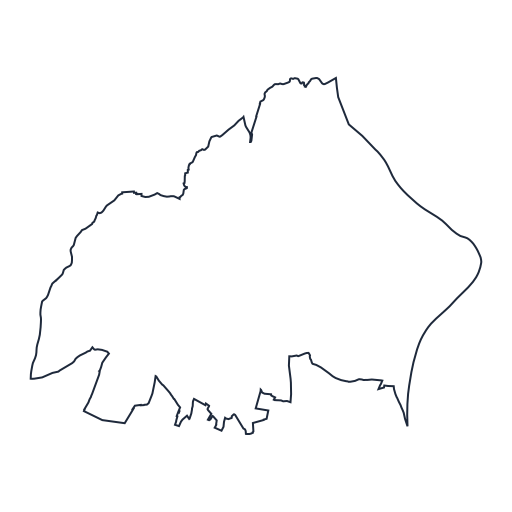 Soledad, Atlántico, Colombia (Equal Earth projection)
{"feature_id": "7082276B16795204487945", "entity_name": "Soledad", "entity_type": "district", "adm_level": 2, "iso_a3": "COL", "parent_name": "Colombia", "parent_adm1": "Atlántico", "projection": "equal_earth", "projection_center": [-74.779, 10.91], "detail": "fine", "context": "isolated", "style": "outline", "palette": "slate", "viewbox_px": 512, "rotation_deg": 0, "n_neighbors": 0, "source": "geoboundaries", "source_scale": "gbopen_adm2", "svg_char_len": 5956}
<svg xmlns="http://www.w3.org/2000/svg" viewBox="0 0 512 512"><path d="M77.1,235.9L75.7,237.8L75.5,238.5L73.8,245.0L73.1,246.1L71.6,247.6L70.7,249.5L70.6,250.4L70.7,251.6L72.0,256.8L72.0,260.2L71.8,262.7L71.2,264.2L70.6,265.3L69.4,266.1L66.3,267.6L64.9,268.8L63.8,269.9L62.9,273.0L62.5,274.0L61.8,274.9L56.8,279.8L56.8,279.6L52.4,283.5L52.0,284.2L51.4,285.8L50.5,287.5L48.0,295.0L47.0,296.9L46.1,298.2L42.7,300.8L42.1,301.6L41.1,306.6L40.6,309.6L40.4,312.6L40.4,314.7L40.9,317.7L41.0,319.5L40.9,322.5L40.6,327.4L39.8,334.8L38.9,339.0L37.3,344.5L36.7,347.5L36.5,350.2L36.4,352.4L36.0,355.2L35.0,358.3L32.9,363.0L32.3,365.5L31.3,371.0L30.9,374.1L30.7,378.7L31.9,378.8L34.2,378.7L42.2,377.4L52.5,372.9L58.4,371.6L59.7,370.5L72.2,363.1L74.1,361.4L75.6,358.8L77.5,357.1L80.0,355.4L85.8,352.6L87.4,351.5L90.0,350.7L92.4,347.3L94.0,349.2L94.6,349.6L95.2,349.7L97.7,349.3L102.0,349.9L107.3,351.7L108.9,353.6L106.0,357.3L102.3,362.7L101.1,367.1L99.9,370.3L99.3,371.0L99.7,371.2L99.7,371.5L99.1,374.8L92.1,393.9L91.2,395.9L91.0,396.8L89.6,399.3L88.4,402.5L84.6,408.9L84.8,408.9L83.9,411.1L102.3,420.1L124.7,423.2L131.5,412.0L133.4,408.8L132.8,408.8L134.9,405.7L140.7,404.9L140.7,405.3L144.0,405.1L144.3,404.8L146.9,404.6L148.6,403.2L151.4,396.2L152.4,393.5L154.7,382.3L155.6,376.1L156.3,376.5L158.8,380.6L162.2,384.6L163.3,385.3L168.8,391.6L170.5,393.7L170.6,394.2L172.3,396.4L173.8,398.9L174.3,399.0L177.9,404.8L180.1,407.4L178.8,410.6L179.5,411.1L178.9,412.6L178.2,412.1L176.7,416.1L177.4,416.4L176.3,420.3L176.1,421.7L175.0,424.8L179.0,426.1L181.0,421.6L182.5,419.6L187.0,415.7L189.2,419.0L189.5,418.8L191.3,413.5L192.0,409.5L192.0,408.6L192.7,406.1L192.9,402.0L193.2,400.8L194.0,398.9L205.4,405.2L205.9,403.5L209.1,405.8L209.0,406.3L207.7,408.5L207.6,409.4L208.2,410.3L211.3,413.8L207.9,419.7L209.1,420.2L210.4,419.4L212.5,416.0L213.1,416.3L216.7,420.4L216.1,424.5L216.3,424.8L214.7,427.7L221.5,430.7L223.5,426.8L224.0,421.8L225.1,417.8L226.2,418.6L228.6,419.1L230.2,418.4L231.4,418.1L231.7,417.9L231.8,416.2L233.8,414.3L234.2,414.3L235.2,415.0L243.4,428.5L244.9,429.3L245.3,430.0L245.7,431.1L245.9,433.9L246.5,434.0L249.4,434.0L251.0,433.6L252.8,432.8L252.7,432.2L253.1,431.9L253.4,431.4L252.9,423.0L263.7,420.0L263.7,419.6L266.6,418.8L268.3,410.5L255.7,408.4L260.6,391.1L260.7,389.6L261.1,390.0L262.1,392.5L264.5,393.7L271.1,394.3L271.2,395.4L272.3,396.1L275.1,397.4L273.8,399.7L274.7,400.1L281.0,400.4L283.2,401.3L287.0,401.0L290.5,402.2L291.1,394.1L290.9,382.7L290.6,378.9L288.9,365.6L289.3,356.3L291.8,356.4L296.7,355.5L298.0,356.1L298.5,356.1L304.9,353.5L306.7,353.0L308.5,352.9L309.5,354.4L310.0,355.4L309.8,356.2L309.8,356.8L310.2,358.8L311.0,359.8L311.8,362.5L312.4,363.6L312.8,363.9L316.2,364.9L320.9,367.4L328.9,373.2L332.6,376.2L335.6,378.0L341.1,380.1L346.1,381.2L347.7,381.4L348.7,381.8L350.6,381.7L355.0,380.9L358.7,379.3L359.4,379.2L361.9,379.5L363.5,380.0L367.8,379.9L371.8,379.5L381.3,380.4L382.3,380.6L380.9,384.0L380.1,385.2L378.5,389.1L384.0,387.5L384.3,385.5L388.1,386.0L393.7,386.2L394.0,389.1L395.4,394.0L396.6,397.0L397.2,398.0L398.8,401.7L400.6,405.2L401.4,407.4L402.8,410.5L403.7,412.8L405.0,418.7L407.5,426.3L407.2,414.8L407.4,404.0L408.1,393.8L409.2,385.4L411.4,372.1L413.5,362.2L417.1,349.3L419.2,343.4L420.9,339.4L423.0,335.3L426.1,330.2L428.4,326.9L431.1,323.6L436.1,318.6L446.2,309.5L449.7,306.2L457.0,298.3L468.1,287.4L472.9,281.9L476.1,277.3L477.6,274.5L478.7,272.1L480.3,267.2L481.1,263.4L481.3,261.9L481.1,259.8L480.6,257.4L479.7,255.2L477.8,251.0L476.4,248.4L474.9,246.0L473.3,243.7L471.6,241.8L469.5,239.8L467.4,238.3L465.4,237.5L460.4,236.0L456.5,233.6L451.8,229.9L445.8,223.9L442.2,220.6L437.0,216.9L424.9,209.4L420.5,206.3L416.6,203.2L407.5,195.0L403.6,191.1L400.7,187.9L398.1,184.7L395.3,180.9L392.5,176.0L388.0,166.4L385.9,162.5L384.2,159.8L380.3,154.7L377.5,151.5L375.4,149.6L362.3,135.9L348.8,124.4L338.2,97.1L336.9,87.7L335.9,78.0L327.8,82.6L324.9,84.0L323.9,84.2L322.6,83.7L322.1,83.3L319.1,79.1L317.3,78.1L316.1,78.0L312.1,78.7L311.1,79.3L310.0,81.1L308.7,82.4L308.4,83.4L307.5,84.1L307.1,84.5L305.8,86.9L304.8,86.6L304.8,85.5L304.1,85.2L304.0,82.8L303.9,82.6L302.7,82.3L302.4,82.4L301.7,83.5L300.7,83.4L300.3,83.0L298.3,79.2L297.6,78.7L295.0,78.2L294.6,78.2L293.1,78.9L291.4,78.4L290.7,78.5L290.2,78.9L290.0,79.3L289.9,81.0L289.4,81.9L287.9,82.6L283.7,84.1L282.2,84.1L280.1,83.5L278.2,84.2L276.0,84.1L274.9,84.2L274.0,84.8L272.3,86.7L270.0,87.9L267.7,89.6L267.2,90.2L266.8,91.1L265.2,92.4L264.6,93.7L264.6,94.6L264.9,96.0L264.7,97.3L264.0,99.1L263.3,100.1L260.4,101.6L259.8,103.7L260.1,103.9L256.2,116.3L256.5,116.6L251.4,132.6L252.1,134.5L251.4,140.5L251.0,141.7L250.7,142.0L250.1,142.0L250.6,137.7L250.5,135.6L250.1,134.1L249.6,132.6L246.0,126.8L245.4,125.4L243.5,116.9L243.1,117.4L238.6,120.8L234.3,125.4L228.6,129.6L222.3,135.1L220.2,136.6L219.5,136.7L216.8,135.5L211.6,137.0L211.1,137.7L209.4,141.3L208.2,146.6L205.1,149.6L204.0,149.9L202.2,149.2L201.0,150.2L199.2,150.8L198.2,151.9L196.8,152.2L196.4,153.0L196.0,155.1L194.9,157.0L192.8,161.8L192.3,162.3L189.7,163.7L189.8,164.3L189.0,165.0L188.6,166.8L188.4,168.0L188.7,169.6L187.8,169.9L187.8,172.6L185.2,173.3L185.1,175.6L184.8,176.0L184.8,176.6L184.7,181.1L184.5,183.0L183.6,183.4L184.1,185.2L184.8,186.3L185.8,187.0L186.9,187.1L186.9,188.0L186.1,188.5L184.7,189.0L184.0,189.6L183.8,190.0L183.3,193.5L183.0,194.3L182.6,195.0L181.3,195.8L180.3,197.0L179.6,197.2L179.6,198.9L174.3,196.4L173.4,196.2L170.8,196.2L169.3,196.5L166.9,196.7L163.7,196.1L160.5,195.1L159.1,194.0L157.2,193.1L154.6,194.6L148.8,196.8L145.3,197.0L141.5,196.0L141.5,193.9L137.2,194.2L137.2,193.8L136.1,193.9L136.1,192.7L134.0,192.8L133.9,191.5L122.2,192.3L122.2,193.6L121.5,193.7L118.3,195.4L114.3,200.4L107.0,205.4L106.0,206.5L103.4,210.6L102.4,211.7L101.4,212.6L99.9,213.1L99.2,213.1L97.7,212.5L96.9,215.0L96.4,215.6L95.7,218.1L94.5,220.6L94.3,221.4L94.1,221.7L92.5,222.8L92.1,224.0L85.5,228.7L82.0,230.1L80.6,232.1L77.1,235.9Z" fill="none" stroke="#1e293b" stroke-width="2"/></svg>